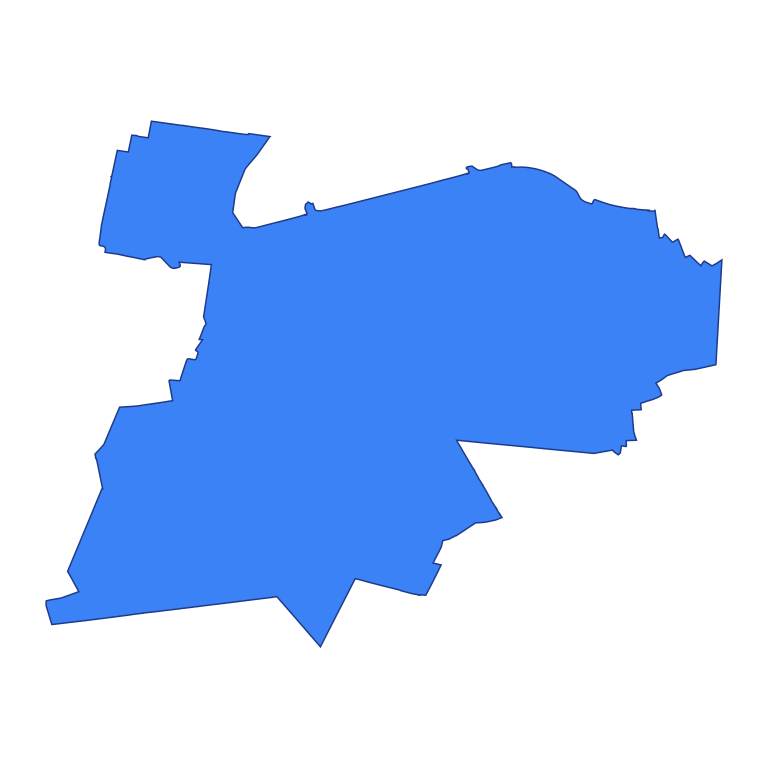 Rucphen, Noord-Brabant, Netherlands (Equal Earth projection)
{"feature_id": "6326949B79033255924519", "entity_name": "Rucphen", "entity_type": "district", "adm_level": 2, "iso_a3": "NLD", "parent_name": "Netherlands", "parent_adm1": "Noord-Brabant", "projection": "equal_earth", "projection_center": [4.569, 51.521], "detail": "fine", "context": "isolated", "style": "filled", "palette": "blue", "viewbox_px": 768, "rotation_deg": 0, "n_neighbors": 0, "source": "geoboundaries", "source_scale": "gbopen_adm2", "svg_char_len": 5912}
<svg xmlns="http://www.w3.org/2000/svg" viewBox="0 0 768 768"><path d="M510.8,162.7L501.9,164.6L500.3,165.1L498.5,166.0L497.3,166.4L495.2,167.0L488.3,168.7L481.8,170.2L480.8,170.4L480.3,170.4L479.3,170.3L477.6,169.9L476.2,169.0L472.0,166.1L468.7,166.6L467.1,167.0L466.2,168.0L466.6,168.8L467.9,169.3L468.7,171.3L469.1,172.4L469.2,172.8L469.1,173.2L468.8,173.4L468.5,173.6L468.2,173.7L468.0,173.3L467.0,173.5L467.2,174.0L466.9,174.0L466.2,174.0L465.9,173.9L456.1,176.7L442.4,180.2L431.5,183.2L345.6,205.0L342.4,205.8L336.3,207.2L327.6,209.4L321.6,210.8L321.1,210.9L320.3,210.9L316.7,210.6L315.8,210.3L315.3,209.9L314.9,209.3L314.6,208.4L313.4,204.9L312.9,203.4L310.7,203.9L310.5,203.4L308.2,202.0L306.8,203.4L306.6,203.5L306.3,203.7L306.0,204.0L305.7,204.4L305.4,205.3L305.1,207.1L305.0,207.7L305.1,208.6L305.2,209.0L306.1,211.4L307.2,213.8L307.2,214.1L307.0,214.5L306.7,214.7L306.3,214.9L306.1,214.4L305.0,214.6L305.2,215.2L304.8,215.2L304.3,215.2L304.1,215.2L303.9,215.0L299.9,216.3L292.9,218.2L256.3,227.6L255.0,227.8L253.4,227.8L252.0,227.7L248.7,227.3L246.5,227.3L244.3,227.5L242.7,227.7L234.1,214.8L232.7,212.6L233.9,204.0L234.7,198.5L235.2,194.8L235.4,194.2L235.4,193.3L245.1,169.0L247.4,166.1L257.0,154.8L269.7,136.9L270.0,136.6L248.7,133.6L248.5,133.8L248.3,134.6L243.9,134.3L236.7,133.3L226.9,131.9L225.6,131.8L222.8,131.5L214.7,130.0L210.8,129.4L204.8,128.5L194.7,127.2L182.8,125.4L182.8,125.5L180.7,125.3L151.4,121.2L148.2,137.8L137.6,136.3L137.0,135.6L131.8,135.2L128.3,152.0L117.3,150.4L111.8,176.1L111.0,176.5L111.3,177.0L111.4,177.4L111.4,178.0L110.1,184.0L110.1,184.7L107.8,195.7L102.9,218.3L101.9,223.5L101.6,224.4L100.0,236.9L99.4,240.6L99.1,243.8L99.1,244.1L99.2,244.5L99.3,244.8L99.6,245.1L99.9,245.5L100.3,245.6L101.0,245.9L101.6,245.9L102.4,246.0L103.2,246.2L104.1,246.7L104.5,247.0L104.8,247.3L105.1,247.7L105.4,248.4L105.5,248.9L105.5,249.4L105.0,252.3L113.7,253.6L117.0,254.0L128.9,256.6L129.6,256.6L145.0,259.8L145.3,259.7L144.0,259.5L150.8,257.8L157.5,256.6L158.6,256.6L159.5,256.8L161.0,257.3L170.3,267.1L172.1,268.0L173.2,268.3L175.0,268.3L179.2,267.2L180.1,266.3L180.3,265.2L179.1,262.2L211.4,264.6L208.7,283.5L203.6,316.8L205.2,321.0L205.9,323.4L206.0,324.3L205.9,324.7L204.9,325.6L204.1,326.9L203.5,328.4L200.5,336.4L199.5,338.6L199.2,339.5L202.6,339.7L195.6,349.7L195.6,350.0L195.7,350.4L197.4,351.5L197.7,351.8L197.9,352.1L198.0,352.6L198.0,353.1L196.3,358.4L195.9,359.3L195.2,359.7L194.4,359.7L188.9,358.8L188.0,358.9L187.5,359.1L187.2,359.4L186.8,359.9L186.1,361.9L183.1,370.9L180.6,378.6L180.4,379.4L180.2,380.5L179.7,380.7L169.9,380.0L169.5,380.1L169.3,380.3L169.1,380.6L169.1,381.2L172.6,400.7L169.0,401.2L163.7,402.1L136.3,406.1L119.6,407.2L104.2,443.7L103.5,445.0L95.4,453.7L95.0,454.1L95.9,458.8L96.5,458.8L102.7,489.1L101.8,489.2L101.9,489.4L101.7,489.5L101.4,490.0L90.1,517.4L85.5,528.4L81.1,539.0L80.8,539.6L80.0,541.7L67.6,571.3L71.1,577.5L78.8,591.7L61.2,598.0L49.7,600.0L46.2,600.9L46.1,605.0L46.1,605.6L46.3,606.2L51.8,624.5L52.2,624.5L93.3,619.6L126.2,615.4L130.6,614.8L132.4,614.5L143.4,613.1L143.5,613.2L144.2,612.9L154.6,611.8L272.4,597.3L276.8,596.6L294.1,616.4L320.4,646.8L355.1,578.8L355.9,579.0L356.1,578.8L370.5,582.7L384.6,586.3L399.5,590.0L401.1,590.8L401.7,590.9L412.3,593.7L415.6,594.3L418.7,594.8L418.6,595.1L420.0,595.1L419.9,594.8L425.8,595.2L430.2,586.8L437.0,573.4L441.1,564.9L433.1,563.1L436.2,556.8L436.6,556.3L438.0,553.4L438.2,553.2L441.3,546.9L441.4,546.5L441.6,545.7L442.0,543.8L442.8,540.6L449.1,539.1L454.6,536.2L455.3,535.7L455.9,535.9L475.5,522.9L480.1,522.6L481.0,522.6L484.7,522.2L487.0,521.9L495.7,520.0L502.0,517.5L501.1,516.2L499.9,514.8L500.2,514.7L498.8,512.6L498.6,512.7L496.4,508.7L496.6,508.7L495.7,507.2L495.5,507.3L493.5,504.0L492.0,501.8L491.5,501.0L490.8,499.4L486.6,491.8L483.5,486.5L483.0,485.3L482.8,485.4L481.4,482.8L480.5,481.4L480.0,480.6L479.3,479.7L478.6,478.3L478.1,477.2L474.5,470.8L474.7,470.7L473.4,468.6L473.2,468.7L470.9,464.7L469.5,462.5L461.6,449.0L460.4,446.8L457.6,442.2L456.6,440.2L460.5,440.6L490.2,443.5L529.6,447.2L548.5,449.1L593.9,453.4L612.4,450.1L613.7,451.5L615.0,452.5L618.0,454.7L618.4,454.8L620.3,452.9L621.4,446.0L621.4,445.9L622.0,445.9L625.8,446.5L626.2,446.4L626.4,446.2L626.2,440.7L626.3,440.6L636.1,440.3L636.5,440.2L634.9,435.9L633.7,431.6L633.5,428.9L633.1,424.8L632.2,413.4L631.8,413.4L631.6,410.2L641.2,409.7L640.6,403.2L643.7,402.4L645.7,401.6L646.7,401.2L649.5,400.5L650.2,400.1L650.4,400.2L651.0,400.0L652.7,399.5L655.1,398.5L656.8,397.8L659.1,396.8L661.2,395.3L662.1,395.0L661.8,395.0L661.5,394.2L659.7,389.4L659.3,388.5L658.6,387.3L658.4,387.0L655.9,383.1L661.0,380.2L663.8,378.1L666.8,375.9L667.2,375.6L668.0,375.3L682.4,370.8L683.5,370.5L695.2,369.3L715.9,364.7L721.9,259.9L716.7,263.3L716.8,263.4L715.8,263.9L714.8,264.3L713.2,265.3L712.3,265.7L712.1,265.9L704.3,261.1L703.2,262.2L702.5,263.2L701.4,264.8L700.9,265.8L695.6,260.8L689.9,255.3L685.4,257.4L685.0,256.7L684.2,254.9L681.4,247.6L681.4,247.4L678.2,239.3L678.0,239.2L677.8,239.2L673.7,241.6L672.3,242.2L671.7,241.5L670.7,240.4L665.5,234.8L664.7,234.2L664.4,234.3L662.7,237.4L662.6,237.6L659.5,237.9L659.1,236.6L658.0,228.7L657.9,228.4L657.7,228.3L657.5,228.1L655.0,210.4L654.8,210.4L654.9,211.1L648.4,211.0L648.1,210.9L648.8,210.2L642.4,209.8L637.8,209.4L637.6,209.5L637.0,209.3L635.5,208.8L634.4,208.6L633.4,208.5L632.5,208.5L631.8,208.4L630.8,208.6L625.1,207.8L622.0,207.2L615.7,206.0L609.5,204.5L604.0,202.8L600.6,201.6L595.6,199.8L594.8,199.6L593.8,200.2L591.9,204.0L586.9,202.5L585.3,201.9L583.7,201.1L582.3,200.2L581.1,199.1L580.1,197.8L579.6,197.0L577.6,193.2L577.0,192.1L576.3,191.2L575.5,190.4L574.5,189.6L571.0,187.3L556.3,177.1L554.0,175.6L551.5,174.3L549.5,173.3L549.4,173.4L546.2,172.1L543.5,171.1L540.7,170.2L537.9,169.4L535.0,168.7L532.1,168.2L529.2,167.7L526.0,167.3L520.9,167.1L514.6,167.3L514.3,166.8L511.8,167.1L511.6,164.2L510.8,162.7Z" fill="#3b82f6" stroke="#1e3a8a" stroke-width="1.5"/></svg>